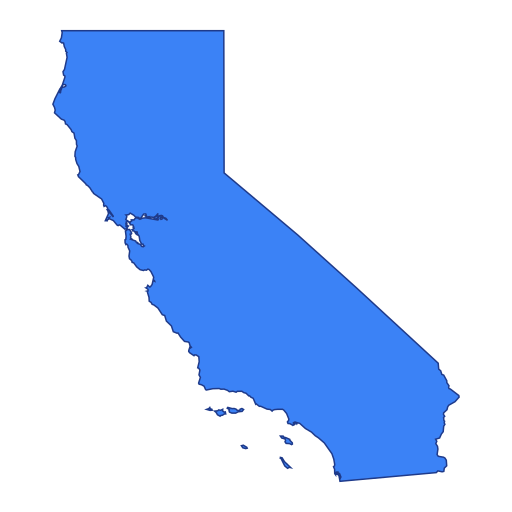 the State of California
{"feature_id": "USA-3521", "entity_name": "California", "entity_type": "State", "adm_level": 1, "iso_a3": "USA", "parent_name": "United States of America", "parent_adm1": "", "projection": "robinson", "projection_center": [-120.441, 37.266], "detail": "fine", "context": "isolated", "style": "filled", "palette": "blue", "viewbox_px": 512, "rotation_deg": 0, "n_neighbors": 0, "source": "natural_earth", "source_scale": "10m", "svg_char_len": 6033}
<svg xmlns="http://www.w3.org/2000/svg" viewBox="0 0 512 512"><path d="M436.3,472.6L340.0,481.3L339.0,475.8L338.3,474.7L336.0,474.0L335.9,473.4L336.7,472.6L338.2,473.3L340.4,478.0L340.9,477.0L339.6,473.7L337.8,472.5L337.9,472.0L336.5,472.0L335.4,472.9L335.5,474.7L334.7,473.6L334.6,469.2L333.5,466.7L334.5,465.9L334.7,464.4L333.8,459.2L331.9,453.7L324.3,442.9L318.4,437.8L315.2,435.7L311.5,432.1L305.4,428.5L299.8,423.4L296.2,422.4L297.0,423.5L296.8,423.9L295.6,422.1L294.3,422.3L293.4,422.7L293.6,424.7L292.8,425.3L290.0,423.7L288.0,423.5L287.4,421.9L288.6,420.4L288.8,419.0L286.6,413.5L283.8,410.1L282.6,409.3L277.7,409.3L274.5,409.6L272.9,410.2L272.1,411.1L270.3,409.5L267.0,409.1L260.8,406.3L259.3,406.3L256.1,403.8L255.7,404.2L253.2,398.3L250.9,397.2L249.6,395.8L248.8,395.9L246.0,393.2L243.7,392.6L241.9,391.3L237.3,391.3L236.1,392.2L232.9,391.2L229.3,391.7L227.6,390.4L224.1,389.1L220.8,389.2L219.2,388.5L212.8,388.7L206.4,390.0L205.6,389.6L204.1,386.2L201.4,384.7L199.1,384.2L198.6,383.1L200.4,377.4L199.0,374.9L199.9,370.1L198.8,368.3L197.7,367.8L199.2,361.7L198.8,356.7L196.3,355.0L194.6,354.9L194.0,355.7L189.6,352.7L188.7,351.4L188.8,350.3L190.2,346.1L190.4,348.0L191.4,347.3L190.0,345.7L189.2,342.7L188.3,342.0L184.5,341.4L180.7,337.2L178.0,333.0L177.0,333.2L173.3,331.7L171.4,325.9L166.4,321.1L164.7,315.5L162.3,314.7L157.9,308.0L153.8,304.9L152.1,304.3L151.1,302.4L149.2,301.2L149.0,297.4L147.5,292.5L147.6,291.3L147.0,291.1L148.1,290.8L148.0,289.3L146.0,287.9L146.6,287.8L147.8,285.3L149.7,287.0L150.4,286.8L152.1,284.5L153.0,280.6L154.7,281.3L154.4,280.5L153.1,280.0L153.7,277.3L153.1,275.9L150.9,271.5L149.1,269.5L147.9,269.1L146.4,270.2L144.6,269.9L143.5,270.5L140.1,269.7L136.7,266.9L133.7,262.8L132.1,262.4L132.1,261.6L130.9,259.8L129.5,258.8L129.0,256.1L129.7,250.9L128.0,247.2L127.9,245.4L126.7,244.1L125.9,244.6L125.1,242.8L125.0,239.8L125.8,239.4L126.1,236.4L125.4,230.9L126.5,230.4L126.9,229.5L129.6,229.5L131.7,233.3L131.4,234.0L130.2,234.2L130.9,236.9L130.5,238.0L131.7,238.9L130.9,239.3L135.7,241.0L136.1,242.0L137.7,242.6L137.4,243.4L140.3,244.4L141.6,246.4L143.2,246.8L144.3,246.0L143.5,245.6L143.1,244.2L141.9,244.1L141.3,243.4L139.8,240.5L139.2,236.4L138.1,234.7L137.5,234.2L137.2,234.8L135.7,233.6L135.3,232.7L137.3,232.7L137.1,231.9L134.5,231.7L133.9,230.9L132.6,230.8L132.9,229.8L132.2,229.6L134.0,228.5L133.7,227.0L133.2,227.1L133.3,225.9L132.7,224.8L130.3,224.8L130.4,224.2L128.8,222.1L130.1,222.5L130.2,221.9L131.6,221.0L131.3,219.9L134.0,219.9L134.9,218.6L136.8,217.7L139.9,219.3L142.5,218.2L145.5,217.8L157.9,220.0L158.2,219.6L156.7,218.9L158.2,218.1L158.6,216.5L161.1,215.7L162.1,216.1L162.3,216.9L162.0,217.5L160.6,217.5L160.1,218.3L160.9,219.4L162.0,219.1L162.6,217.3L167.5,220.3L165.9,218.3L163.4,217.4L162.5,215.8L161.3,215.4L158.3,216.0L157.5,218.0L155.8,219.0L154.4,218.7L154.3,217.5L156.8,216.0L158.2,213.4L155.6,216.3L153.4,217.5L151.7,217.0L149.7,217.9L148.5,217.7L149.3,216.7L146.8,216.9L145.1,215.8L146.3,215.2L145.7,213.9L143.6,214.1L140.6,218.4L139.5,218.4L138.5,217.4L135.5,217.1L133.9,215.3L130.2,213.1L128.7,214.6L126.0,215.0L126.6,215.5L126.8,216.8L125.8,219.6L128.2,221.2L126.3,221.9L126.8,223.2L125.9,223.3L125.9,224.0L128.4,226.1L127.6,227.0L127.0,225.8L126.1,225.5L126.0,226.5L126.9,227.1L127.2,228.5L124.9,229.2L120.3,225.3L119.3,224.9L118.1,225.6L117.1,225.1L113.4,220.6L109.5,218.8L109.1,218.1L109.6,217.3L108.5,217.6L109.0,219.0L107.3,219.8L107.2,220.5L107.9,220.8L105.3,220.7L108.5,213.6L107.9,211.0L106.7,208.9L113.3,217.0L113.1,215.9L109.1,210.2L107.8,209.2L107.5,207.8L106.5,206.4L105.4,205.6L104.1,206.4L103.6,205.1L103.8,203.3L101.6,199.0L93.5,193.4L93.3,192.5L92.4,191.8L89.8,187.7L87.5,185.4L86.3,184.9L85.7,183.7L78.5,176.7L77.8,174.9L78.5,174.7L80.0,171.5L78.8,166.5L77.0,163.6L75.7,159.5L75.6,157.4L74.9,156.3L75.2,151.7L77.2,146.0L76.5,144.4L76.4,140.6L74.9,138.2L74.0,133.1L71.9,131.6L71.1,129.6L67.1,124.6L65.5,123.9L65.1,121.5L64.0,120.1L61.3,119.1L54.5,112.8L55.2,110.1L54.5,107.4L52.9,104.2L55.0,98.6L59.7,89.3L60.1,89.7L58.9,92.2L60.2,92.8L60.7,92.0L60.5,90.4L61.1,90.0L62.0,87.4L64.3,87.0L65.7,86.2L65.9,85.3L65.2,84.6L63.1,84.5L61.3,88.1L60.4,89.4L60.0,89.0L62.3,85.1L64.9,77.2L64.9,76.0L63.6,75.1L63.0,71.7L64.5,69.4L67.1,57.3L66.4,53.3L67.0,52.5L65.7,51.2L65.7,49.5L64.3,46.6L63.6,43.1L62.5,42.7L62.0,43.0L59.7,41.3L61.4,37.8L62.2,32.6L61.7,30.7L223.8,30.7L224.1,172.9L297.9,235.1L356.3,287.7L438.2,363.2L438.7,369.1L440.7,370.8L441.8,374.4L443.7,375.1L446.8,380.8L446.8,382.6L449.0,385.8L448.6,387.2L449.0,388.6L450.3,389.0L458.8,395.5L459.1,397.1L455.0,401.7L448.8,405.2L447.7,406.8L447.0,409.7L443.6,412.9L443.5,414.5L444.7,416.3L443.6,417.4L443.9,420.5L444.6,421.2L444.2,422.9L444.9,424.3L443.7,426.2L443.2,431.7L441.4,434.0L439.6,438.0L435.6,439.2L436.8,441.3L435.8,443.6L437.5,446.3L437.9,449.1L437.1,454.6L438.3,456.3L443.5,457.2L444.9,458.0L446.3,460.2L446.7,465.8L444.3,468.1L443.8,471.4L442.1,471.8L437.9,470.9L436.3,472.6ZM243.6,409.5L242.1,411.4L238.2,411.8L235.7,413.1L231.8,413.1L229.5,412.1L229.0,410.7L229.4,409.6L227.2,408.2L227.8,407.4L232.2,408.6L234.1,408.5L236.0,409.1L237.1,410.2L239.1,410.5L239.8,410.2L240.1,409.2L241.9,408.5L243.6,409.5ZM222.7,409.3L222.6,410.9L224.2,412.1L225.3,411.9L225.7,413.9L224.5,413.9L222.5,415.2L220.5,415.6L220.1,416.2L217.5,414.8L216.1,412.4L214.6,411.1L217.7,410.8L218.7,409.9L220.6,410.3L222.7,409.3ZM285.1,439.0L281.7,438.0L280.4,436.1L283.1,436.1L284.6,437.7L285.5,437.5L289.8,439.4L289.9,440.3L292.3,442.8L292.4,444.1L291.6,444.6L289.6,443.6L286.1,443.4L285.0,441.8L285.6,440.6L285.1,439.0ZM284.5,461.7L290.7,467.6L289.4,467.3L287.6,468.3L284.8,466.0L280.9,458.2L280.3,458.2L280.4,457.4L282.1,457.8L284.5,461.7ZM243.3,445.2L246.8,447.3L247.2,448.2L245.7,448.6L242.8,447.8L241.4,445.7L243.3,445.2ZM210.3,408.9L211.8,409.2L212.2,410.2L210.1,410.4L206.6,409.4L208.8,408.6L209.8,407.5L210.3,408.9ZM295.1,422.4L295.5,422.8L294.7,423.0L295.0,424.1L294.2,424.7L294.1,424.0L294.7,423.8L294.5,423.1L293.7,424.1L293.8,423.2L295.1,422.4Z" fill="#3b82f6" stroke="#1e3a8a" stroke-width="1.5"/></svg>